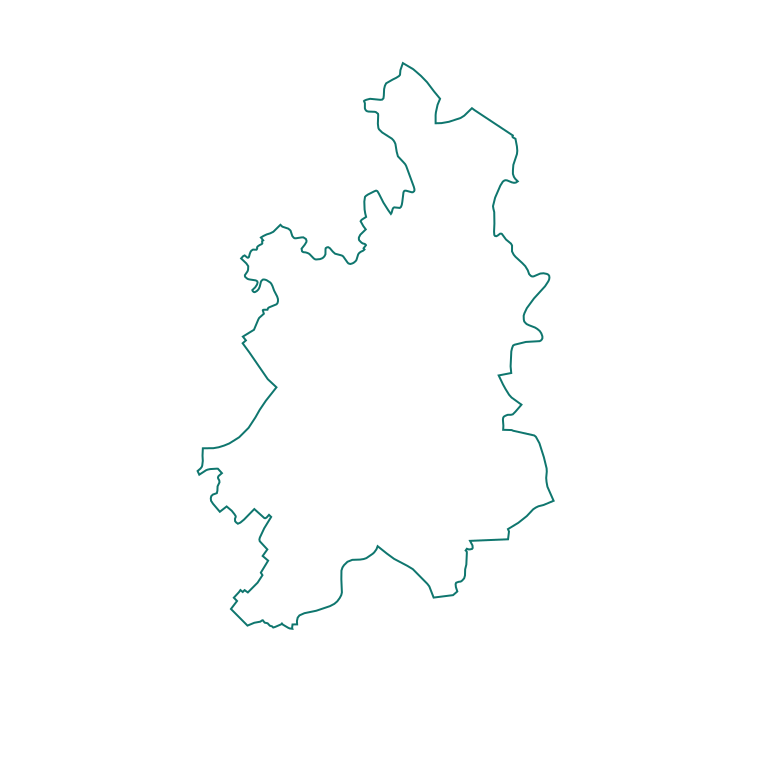 the district of Hai Duong, Hải Dương, Vietnam, rotated 312°
{"feature_id": "81297802B68427461655945", "entity_name": "Hai Duong", "entity_type": "district", "adm_level": 2, "iso_a3": "VNM", "parent_name": "Vietnam", "parent_adm1": "Hải Dương", "projection": "mercator", "projection_center": [106.339, 20.94], "detail": "fine", "context": "isolated", "style": "outline", "palette": "teal", "viewbox_px": 768, "rotation_deg": 312, "n_neighbors": 0, "source": "geoboundaries", "source_scale": "gbopen_adm2", "svg_char_len": 6166}
<svg xmlns="http://www.w3.org/2000/svg" viewBox="0 0 768 768"><g transform="rotate(312 384 384)"><path d="M147.2,480.3L149.6,477.9L152.6,476.2L155.5,476.0L160.4,478.2L170.2,485.4L182.8,492.5L187.4,494.2L191.2,494.7L195.3,494.3L198.5,493.5L200.9,492.2L210.4,482.9L216.9,477.2L219.9,475.9L222.6,475.5L227.4,475.8L232.1,478.1L237.5,483.7L240.3,486.0L242.8,487.4L250.2,489.2L252.3,489.4L256.1,489.0L259.2,487.8L259.9,499.5L260.8,508.5L264.5,523.1L265.7,529.3L264.5,549.9L263.9,553.1L258.5,563.8L273.3,576.6L278.9,577.3L281.2,573.3L283.2,571.1L284.6,570.6L286.9,571.8L288.5,573.2L290.1,573.6L293.2,573.6L295.9,572.3L300.6,568.3L304.9,566.0L313.9,558.6L314.9,557.5L314.9,556.1L317.0,555.8L317.8,557.7L318.9,558.8L320.4,559.8L321.5,559.6L323.2,557.8L325.0,552.9L351.6,580.1L358.0,575.6L359.1,573.2L370.7,576.7L381.4,578.5L390.7,578.7L393.8,579.5L396.5,580.6L400.8,583.5L410.7,588.2L417.0,574.2L420.0,570.3L422.7,567.4L427.8,563.6L430.1,561.3L436.5,551.9L444.0,539.1L446.4,532.2L446.3,530.1L435.7,511.3L435.2,509.7L429.7,503.2L432.8,500.7L437.1,496.2L438.6,495.2L439.8,494.9L441.5,495.4L443.8,496.5L446.0,498.9L447.6,500.0L451.3,500.2L460.6,500.0L459.3,487.8L459.7,484.1L461.6,477.6L463.3,472.7L467.1,463.5L477.3,471.2L481.8,466.3L493.4,456.8L496.1,455.3L498.9,454.2L500.5,454.7L510.2,461.3L520.0,471.0L521.4,471.5L522.7,471.5L524.0,471.1L525.4,469.8L526.9,467.0L527.6,464.3L527.5,461.1L527.0,458.4L524.7,452.4L524.0,450.0L524.0,448.7L524.3,446.4L525.5,444.7L528.2,442.1L530.6,441.0L535.9,439.4L547.9,438.2L564.4,438.3L570.2,437.4L572.1,436.8L573.7,435.8L574.9,434.4L575.2,433.0L574.8,431.4L573.0,428.4L570.6,426.2L564.1,423.2L563.0,422.1L562.6,420.7L562.8,418.3L564.7,414.8L566.1,410.1L566.4,405.9L566.5,396.6L566.9,393.8L568.2,390.4L572.6,386.5L573.3,384.4L573.0,378.0L574.4,371.2L574.2,370.6L573.4,369.7L570.2,369.1L568.9,368.5L568.3,367.3L568.6,366.2L570.9,363.8L577.1,358.7L585.5,350.9L587.4,348.1L589.1,346.0L596.8,341.9L609.3,337.7L613.9,336.9L615.8,337.3L616.9,338.1L617.7,339.3L619.4,344.1L620.5,346.0L621.9,347.2L624.1,347.8L624.3,344.1L624.9,341.9L626.4,339.2L629.1,336.8L633.4,333.5L643.9,328.9L646.5,327.0L649.5,323.8L654.2,317.6L653.5,314.7L653.7,314.0L654.9,313.5L648.1,268.1L647.8,264.8L637.1,264.1L632.9,262.9L622.3,256.8L616.3,252.1L612.3,247.9L618.4,242.4L620.6,240.8L627.3,237.0L633.5,234.8L634.9,225.4L637.1,214.0L637.7,205.3L637.5,195.1L635.1,183.3L628.2,186.2L624.5,189.0L622.9,189.1L619.7,188.2L616.2,186.8L608.9,184.4L606.3,185.1L603.3,186.7L598.3,190.8L596.0,192.4L594.2,192.4L592.8,191.2L586.6,182.8L583.4,180.7L581.4,179.8L580.9,179.8L579.9,181.9L576.2,185.2L575.5,186.4L575.2,188.0L575.4,188.9L576.1,190.2L580.0,194.9L580.6,195.9L580.8,198.7L580.0,199.7L573.3,205.3L570.5,208.5L569.9,209.9L569.7,214.3L571.6,225.7L571.4,228.1L570.8,230.1L570.0,231.9L565.1,238.0L562.5,242.0L561.8,250.4L561.5,252.8L560.8,254.7L550.5,274.2L549.2,276.2L548.2,277.1L547.4,277.4L545.8,277.1L545.1,276.4L542.5,271.2L541.7,270.2L541.0,269.9L539.5,270.2L531.5,275.8L529.1,277.3L527.0,278.1L525.4,277.9L522.1,273.4L521.1,273.1L519.7,273.4L516.3,275.1L515.0,275.3L516.0,270.8L518.4,262.2L522.0,252.9L522.8,250.4L522.8,249.7L522.4,248.7L520.8,247.9L514.1,245.3L511.6,244.7L510.3,244.7L506.4,247.3L500.7,252.8L498.2,255.9L496.2,258.9L491.1,257.5L489.3,257.7L487.5,263.0L486.7,267.0L479.1,266.5L476.1,267.3L474.9,268.3L474.2,269.4L474.0,272.6L474.2,274.0L475.2,276.0L475.3,277.2L475.1,277.7L471.2,278.0L470.9,279.5L469.2,279.3L466.5,278.2L464.5,277.9L463.0,278.1L457.8,280.5L456.3,280.7L453.6,280.3L451.9,279.5L450.6,278.6L449.8,276.9L449.9,275.5L451.5,268.4L451.4,267.1L450.8,265.7L448.1,260.5L448.1,257.4L448.7,253.0L448.4,251.1L447.6,250.3L446.0,249.8L445.2,250.2L441.2,253.7L438.9,254.3L437.0,254.2L435.7,253.8L433.9,252.8L431.1,250.2L430.6,249.4L430.3,247.9L430.7,241.9L430.6,240.9L430.2,239.5L429.3,237.6L428.1,236.0L427.8,235.1L427.8,234.3L429.4,232.2L434.5,231.9L437.6,231.3L438.6,230.6L439.5,228.9L439.0,225.9L437.6,224.5L433.3,221.0L432.5,220.0L432.3,219.1L432.6,216.9L435.4,212.0L435.5,211.3L435.4,208.9L432.9,203.2L433.0,200.5L423.1,199.9L419.8,198.6L416.6,196.7L413.2,195.3L410.5,194.5L409.9,198.1L408.6,197.8L407.0,199.5L406.1,199.5L404.0,198.6L401.9,198.1L400.7,198.2L399.8,199.1L398.8,199.4L398.4,199.3L396.2,196.7L394.3,196.2L392.9,196.4L391.0,197.1L388.1,198.6L387.3,198.6L386.8,198.4L386.5,197.8L386.3,194.4L384.8,193.8L381.7,193.8L381.5,201.0L380.7,204.3L378.0,206.5L376.4,207.2L371.8,207.8L371.0,208.6L370.7,209.3L370.8,212.2L371.4,213.6L375.2,219.4L375.5,221.1L374.9,222.1L373.0,223.1L369.6,223.6L365.7,223.3L365.2,224.3L365.2,225.5L365.5,226.2L366.2,226.7L368.1,227.3L370.0,227.4L371.2,227.2L373.2,226.5L377.5,224.2L378.6,223.9L380.5,224.1L381.3,224.8L382.0,225.9L382.6,227.3L383.3,231.6L383.1,233.1L382.2,235.5L379.9,239.8L377.5,246.1L376.2,248.3L374.6,249.8L372.9,250.7L371.3,250.8L364.0,247.3L362.8,247.1L361.2,247.7L359.0,245.2L358.2,244.6L357.7,244.6L355.8,247.7L349.7,247.0L347.9,247.4L337.3,251.1L324.8,247.4L324.0,252.2L319.7,251.7L317.4,262.7L309.8,294.4L309.6,306.3L292.5,307.4L281.7,308.9L273.1,310.8L260.8,312.7L247.5,312.0L236.3,308.8L231.3,306.4L226.4,303.5L222.2,300.2L215.0,292.4L209.3,297.1L205.6,300.8L201.9,303.4L200.6,304.0L198.4,304.2L194.6,303.7L193.0,307.4L200.9,309.5L202.3,310.2L204.4,311.7L209.3,316.5L209.9,317.3L209.3,323.2L205.6,322.7L204.6,322.7L203.5,323.1L202.8,324.0L202.1,326.1L200.9,327.5L196.6,328.8L193.2,331.6L191.0,332.8L187.3,330.8L185.0,330.7L183.1,331.8L181.5,333.6L180.6,337.0L179.2,347.5L187.7,349.0L187.9,355.7L187.2,359.9L186.6,362.1L186.1,362.7L184.0,363.5L182.4,365.2L182.2,366.8L182.4,368.9L184.9,370.0L189.6,370.7L204.3,371.3L204.3,384.7L204.7,385.5L206.1,386.1L209.8,386.1L209.7,389.1L196.7,391.5L186.8,394.5L185.1,395.4L184.0,396.9L183.0,408.0L175.0,408.9L175.2,416.1L161.4,418.7L160.6,421.6L151.8,423.0L138.0,422.3L137.5,418.3L134.9,418.2L134.8,415.2L132.3,415.5L124.7,415.4L124.4,420.0L114.4,420.8L113.1,444.2L119.8,447.4L124.6,451.1L126.8,451.6L127.3,452.0L126.8,455.0L128.3,457.6L128.0,460.9L129.0,463.0L128.9,464.6L130.5,465.6L136.6,468.4L137.7,468.4L137.5,469.8L138.7,475.8L139.2,477.4L140.8,479.7L141.4,478.8L144.1,476.9L147.2,480.3Z" fill="none" stroke="#0f766e" stroke-width="2"/></g></svg>